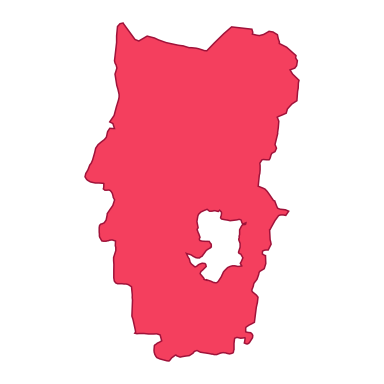 the district of El Mahalla El Kobra, Al Gharbiyah, Egypt
{"feature_id": "37247803B79184551516010", "entity_name": "El Mahalla El Kobra", "entity_type": "district", "adm_level": 2, "iso_a3": "EGY", "parent_name": "Egypt", "parent_adm1": "Al Gharbiyah", "projection": "robinson", "projection_center": [31.14, 31.018], "detail": "fine", "context": "isolated", "style": "filled", "palette": "rose", "viewbox_px": 384, "rotation_deg": 0, "n_neighbors": 0, "source": "geoboundaries", "source_scale": "gbopen_adm2", "svg_char_len": 6038}
<svg xmlns="http://www.w3.org/2000/svg" viewBox="0 0 384 384"><path d="M123.1,23.0L120.0,23.7L117.5,26.5L116.6,35.9L116.6,42.5L114.5,60.8L115.1,63.2L116.1,65.0L116.9,68.0L115.9,71.3L115.0,74.1L116.1,81.1L116.8,85.5L117.9,89.1L119.1,94.4L119.1,97.1L119.0,97.6L118.6,99.5L118.1,101.3L117.8,102.2L117.0,104.9L116.5,106.4L114.1,115.5L109.7,121.9L110.0,122.1L111.5,122.8L112.9,123.6L114.5,128.5L112.7,128.5L109.8,128.3L107.8,131.3L107.6,131.7L107.1,133.8L107.0,134.5L106.3,137.3L104.5,139.4L104.1,139.8L101.2,142.0L98.1,144.6L95.7,148.2L94.7,152.6L92.7,159.6L92.6,160.0L91.2,163.2L89.8,165.0L88.0,169.7L86.7,172.0L85.8,173.4L85.0,176.8L86.7,179.5L88.0,180.5L90.4,181.9L92.5,182.4L95.4,183.0L99.1,183.0L103.0,183.3L103.8,183.5L103.8,186.5L103.6,188.1L103.3,188.9L104.9,190.2L106.5,190.2L108.8,190.0L110.2,190.5L111.2,191.6L112.3,193.4L113.0,195.9L113.3,197.5L114.6,199.9L112.8,205.5L109.6,210.1L107.2,213.7L107.2,214.8L106.1,220.1L104.2,222.8L103.2,223.3L102.1,223.8L100.8,224.1L100.0,224.9L99.5,225.7L99.2,227.8L99.2,232.1L99.4,234.0L99.4,236.1L99.7,237.2L101.8,240.9L103.4,241.2L106.0,241.2L107.1,240.9L108.4,240.7L109.7,240.2L112.1,239.9L115.5,241.0L115.3,245.8L115.8,247.4L115.8,250.6L113.6,257.5L113.6,260.7L113.9,264.5L113.8,270.6L113.8,272.7L113.8,277.8L114.3,281.0L115.7,282.9L117.5,283.7L122.0,283.7L124.1,284.0L126.2,284.0L128.3,284.6L131.5,286.7L132.3,295.0L132.2,297.6L132.5,300.1L131.9,316.1L133.0,319.5L135.3,330.0L135.6,332.1L134.8,333.2L136.9,333.7L139.3,333.5L144.0,333.5L148.8,334.0L153.5,334.0L156.7,333.8L160.1,334.9L161.7,340.8L159.6,342.1L157.4,343.1L156.1,344.2L154.8,345.0L154.3,345.8L154.3,346.3L154.0,350.3L154.2,352.2L154.8,354.3L155.8,356.2L156.9,357.6L159.8,358.9L166.9,360.8L169.0,361.0L169.8,360.3L171.6,357.9L175.3,355.2L175.9,355.0L176.7,355.8L180.1,357.1L182.5,356.6L185.4,356.1L189.3,355.6L193.0,353.2L193.8,352.1L194.6,351.3L197.0,350.5L200.4,352.2L203.6,352.7L205.7,353.0L208.9,353.5L211.8,354.1L212.6,354.1L214.2,354.6L214.7,354.6L216.8,354.6L217.1,354.4L219.2,353.6L220.2,353.1L220.8,353.1L221.6,352.8L223.5,352.6L224.2,352.8L225.3,352.8L227.1,353.4L229.5,353.9L231.6,353.4L232.9,352.9L233.4,352.1L233.7,350.2L234.0,349.7L234.0,343.3L234.6,338.5L234.8,338.2L236.9,337.4L238.5,337.7L240.6,338.2L243.0,338.0L244.9,337.7L245.1,338.5L244.8,340.6L244.6,341.7L244.3,343.0L246.4,343.9L247.7,343.9L249.3,342.8L252.5,337.8L252.8,335.6L252.3,334.3L250.7,332.7L247.8,332.4L246.5,332.1L245.7,331.8L245.7,327.8L246.2,327.0L248.6,325.4L249.4,324.9L251.5,323.9L254.4,322.3L256.3,307.3L257.4,302.5L258.0,297.2L257.4,296.4L256.4,295.1L252.4,291.8L251.9,290.8L251.9,290.0L252.2,288.9L252.7,287.8L253.3,286.0L253.8,283.6L254.3,282.8L256.0,280.6L257.0,279.3L258.6,274.8L259.1,272.4L259.9,271.3L262.6,269.7L263.4,269.2L263.9,268.9L264.2,268.7L265.8,263.6L265.5,255.6L265.0,255.6L262.4,254.0L262.4,251.9L262.6,251.1L264.2,250.3L265.8,250.0L267.7,250.0L268.2,250.0L271.1,244.2L270.6,241.5L270.1,239.6L269.6,229.7L270.1,229.5L270.9,227.9L275.2,220.2L275.7,219.6L278.6,215.6L280.0,215.1L281.0,214.9L283.1,214.9L285.2,215.3L285.8,215.4L288.7,211.2L285.5,209.8L283.2,209.5L280.0,209.2L277.6,208.2L276.6,206.0L274.7,200.9L274.2,200.9L273.2,200.1L269.2,194.2L267.1,191.3L265.0,189.1L263.4,188.3L258.2,186.2L259.3,175.2L259.8,173.4L260.1,169.9L260.1,165.6L259.8,163.2L262.0,159.8L263.3,159.5L266.7,159.8L269.1,159.8L269.4,159.5L270.2,157.9L270.7,156.1L271.0,155.0L271.8,153.3L272.6,152.9L275.0,151.6L276.5,148.2L275.0,144.5L277.7,133.6L277.6,132.5L277.7,131.8L278.3,127.6L278.8,121.2L277.2,117.2L278.4,116.5L282.6,114.8L285.7,113.4L286.2,113.2L287.4,109.0L289.3,106.8L292.0,103.9L296.9,100.7L297.6,91.3L298.2,88.1L298.4,82.9L299.0,80.3L292.6,74.1L290.0,69.9L294.8,68.1L296.6,65.7L297.4,60.7L295.6,58.0L296.0,55.6L286.6,47.2L279.3,43.5L279.4,41.9L278.3,38.9L277.4,34.7L273.5,32.3L273.1,32.0L269.0,31.3L268.6,31.6L265.7,33.3L263.5,34.5L259.3,35.6L258.3,35.4L258.0,35.4L256.7,35.2L252.4,34.1L252.8,32.3L251.9,29.2L231.6,26.9L223.9,33.6L214.2,43.1L206.8,50.8L204.2,50.6L202.6,50.0L200.0,49.2L198.8,48.8L196.2,48.2L191.4,47.7L189.1,47.7L184.5,46.3L183.4,45.9L178.7,45.3L177.1,45.0L166.1,42.6L158.5,39.9L154.5,38.0L148.7,36.5L147.2,36.1L146.6,36.4L138.8,41.0L135.0,39.5L123.6,23.9L123.1,23.0ZM223.3,272.2L222.8,273.5L222.0,275.1L221.5,276.4L220.7,277.7L218.3,281.3L218.0,281.7L217.0,282.5L216.2,282.8L215.1,282.8L214.3,282.5L213.5,282.5L210.9,281.2L206.7,279.8L206.7,280.3L204.0,279.4L204.0,278.5L203.2,277.4L202.5,276.6L201.4,275.2L200.6,274.4L200.1,273.6L200.9,271.5L202.5,270.2L206.2,266.5L205.7,264.3L204.9,263.5L202.2,263.2L199.9,264.0L198.3,264.8L197.5,265.6L196.4,266.4L195.1,266.9L194.6,266.7L194.3,266.4L191.4,264.0L190.6,262.9L190.4,262.6L190.1,262.1L189.3,258.9L188.3,257.5L186.4,253.4L191.2,254.9L193.5,256.5L194.3,256.8L195.7,257.6L197.2,257.9L199.6,257.9L200.1,257.3L200.9,256.8L202.0,256.3L206.3,250.4L208.6,248.8L210.0,248.1L210.5,247.8L210.5,247.3L211.3,247.0L211.3,244.9L211.0,243.8L210.2,243.0L209.2,241.4L208.7,241.4L204.4,241.3L201.8,241.1L199.9,240.5L199.4,239.7L199.4,238.7L200.0,237.3L198.7,233.6L198.1,232.5L197.6,230.9L197.1,229.8L197.4,228.8L197.9,228.2L198.1,227.7L196.9,221.5L197.9,215.7L198.7,214.1L200.9,212.0L204.3,210.4L205.9,209.8L207.1,209.3L209.5,211.2L211.2,211.2L213.0,211.0L213.8,210.7L215.1,210.7L217.0,211.2L218.3,211.5L219.6,210.2L221.2,211.8L221.5,212.6L221.5,213.7L221.2,215.8L220.9,216.3L220.6,217.4L220.6,217.9L221.5,219.0L224.3,219.6L227.5,220.1L230.1,220.7L232.8,220.4L236.8,219.9L238.9,219.4L239.4,219.4L240.2,219.6L240.7,219.9L241.2,220.2L241.5,221.5L242.0,222.9L242.6,223.7L243.1,223.9L245.9,222.8L245.7,224.0L245.1,224.5L242.5,224.7L241.2,226.6L239.6,229.8L239.6,234.6L239.1,236.2L239.3,237.3L238.8,238.9L238.8,239.9L239.8,242.6L240.1,243.4L240.1,247.2L238.5,252.2L239.0,253.3L240.0,253.8L240.8,254.1L242.9,257.8L241.3,261.6L240.5,262.9L240.3,263.4L241.8,265.9L241.3,266.1L240.3,266.1L239.5,266.4L238.9,266.4L237.4,266.4L236.3,266.1L234.7,265.8L232.6,265.8L231.3,266.1L229.7,266.6L227.6,267.6L225.2,270.0L224.4,270.8L223.3,272.2Z" fill="#f43f5e" stroke="#9f1239" stroke-width="1.5"/></svg>